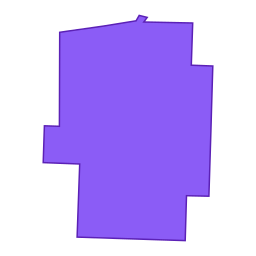 outline of Tuscarawas, Ohio, United States of America
{"feature_id": "52423323B94424103890514", "entity_name": "Tuscarawas", "entity_type": "district", "adm_level": 2, "iso_a3": "USA", "parent_name": "United States of America", "parent_adm1": "Ohio", "projection": "equal_earth", "projection_center": [-81.461, 40.441], "detail": "fine", "context": "isolated", "style": "filled", "palette": "violet", "viewbox_px": 256, "rotation_deg": 0, "n_neighbors": 0, "source": "geoboundaries", "source_scale": "gbopen_adm2", "svg_char_len": 367}
<svg xmlns="http://www.w3.org/2000/svg" viewBox="0 0 256 256"><path d="M210.9,131.4L211.5,109.9L212.8,66.0L191.3,65.2L192.7,23.0L143.8,22.0L147.2,17.4L139.2,15.4L136.1,20.8L103.3,26.1L67.2,31.2L59.7,32.3L59.4,126.3L44.4,125.8L43.2,162.6L79.7,164.0L77.1,237.1L185.2,240.6L186.5,195.7L208.9,196.2L210.9,131.4Z" fill="#8b5cf6" stroke="#5b21b6" stroke-width="1.5"/></svg>